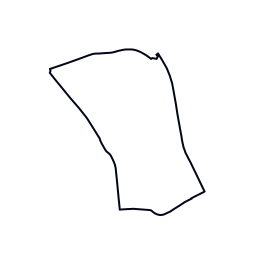 Al Wayli, Al Qahirah, Egypt, rotated 108°
{"feature_id": "37247803B46837021628067", "entity_name": "Al Wayli", "entity_type": "district", "adm_level": 2, "iso_a3": "EGY", "parent_name": "Egypt", "parent_adm1": "Al Qahirah", "projection": "natural_earth1", "projection_center": [31.288, 30.072], "detail": "fine", "context": "isolated", "style": "outline", "palette": "ink", "viewbox_px": 256, "rotation_deg": 108, "n_neighbors": 0, "source": "geoboundaries", "source_scale": "gbopen_adm2", "svg_char_len": 2172}
<svg xmlns="http://www.w3.org/2000/svg" viewBox="0 0 256 256"><g transform="rotate(108 128 128)"><path d="M175.6,45.8L175.3,46.0L172.0,42.8L165.6,36.3L165.1,35.9L164.7,35.6L162.4,37.8L150.6,49.1L140.8,58.5L139.3,60.1L136.0,63.4L135.9,63.5L133.5,65.9L131.3,67.5L129.5,69.0L126.8,70.6L123.4,72.6L119.4,74.6L112.6,78.3L99.1,85.5L93.5,88.3L91.3,89.4L85.5,92.5L80.6,95.1L75.4,97.9L71.6,100.0L68.7,102.1L65.6,104.2L63.6,105.9L60.1,108.8L59.7,109.2L58.6,110.2L56.9,112.1L52.8,116.6L48.0,122.3L47.9,122.5L49.6,123.5L50.6,121.7L53.4,122.2L54.0,126.5L55.1,127.4L53.5,132.2L52.9,134.4L52.9,134.7L52.8,134.9L52.2,137.8L51.9,139.4L51.9,139.7L51.9,139.9L51.8,140.4L51.8,140.9L51.7,141.4L51.7,141.9L51.7,142.3L51.6,142.8L51.6,143.3L51.6,143.8L51.6,144.3L51.6,144.8L51.7,145.3L51.7,146.1L51.8,146.5L51.8,146.9L51.9,147.3L51.9,147.6L52.0,148.0L52.1,148.4L52.2,148.8L52.3,149.1L52.4,149.5L52.5,149.9L52.6,150.2L52.8,150.8L53.6,153.1L54.1,154.7L55.4,157.2L58.0,161.7L59.9,164.3L61.6,167.3L63.2,171.3L63.9,173.1L66.2,178.8L67.4,182.2L68.4,184.2L70.6,187.3L78.0,196.7L84.8,205.5L95.9,220.4L97.6,219.4L99.7,219.4L105.4,210.8L108.5,205.9L117.2,192.4L124.3,180.6L131.4,170.0L137.7,162.4L146.8,151.6L148.4,150.6L150.9,148.2L155.5,143.2L156.8,141.5L157.2,140.5L157.6,139.6L157.7,139.2L157.8,138.9L158.3,137.8L158.7,137.2L159.0,136.5L160.4,135.0L162.1,133.3L165.0,130.7L167.2,128.9L168.5,128.2L169.8,127.4L181.8,122.1L195.2,116.3L207.7,110.8L208.1,110.6L208.0,110.2L207.9,109.9L207.6,109.3L205.5,104.0L203.6,98.9L203.4,98.6L203.3,98.2L203.2,97.9L203.1,97.5L199.4,82.3L199.3,81.9L199.3,81.6L199.3,81.3L199.3,81.0L199.3,80.7L199.3,80.4L199.4,80.2L199.5,79.9L199.6,79.6L199.8,79.1L200.0,78.6L200.2,78.1L200.3,77.8L200.5,77.2L200.6,76.8L200.8,76.2L200.9,75.4L201.0,75.1L201.0,74.8L201.1,74.4L201.1,74.1L201.1,73.6L201.1,73.2L201.1,72.8L201.1,72.4L201.0,72.0L201.0,71.7L201.0,71.3L200.9,71.0L200.8,70.7L200.8,70.4L200.7,70.1L200.6,69.8L200.5,69.5L200.3,69.2L199.8,68.3L199.6,67.9L199.4,67.5L199.1,67.2L198.9,66.9L198.7,66.6L198.4,66.3L196.9,64.7L195.3,63.0L194.9,62.6L194.5,62.1L191.8,60.0L185.2,54.5L180.7,50.9L178.1,48.3L176.7,46.9L175.6,45.8Z" fill="none" stroke="#020617" stroke-width="2"/></g></svg>